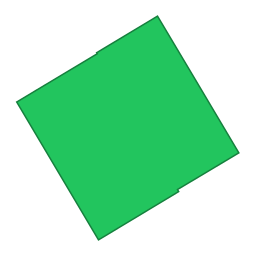 Spink, South Dakota, United States of America (Robinson projection), rotated 239°
{"feature_id": "52423323B36678766144900", "entity_name": "Spink", "entity_type": "district", "adm_level": 2, "iso_a3": "USA", "parent_name": "United States of America", "parent_adm1": "South Dakota", "projection": "robinson", "projection_center": [-98.314, 44.938], "detail": "fine", "context": "isolated", "style": "filled", "palette": "green", "viewbox_px": 256, "rotation_deg": 239, "n_neighbors": 0, "source": "geoboundaries", "source_scale": "gbopen_adm2", "svg_char_len": 307}
<svg xmlns="http://www.w3.org/2000/svg" viewBox="0 0 256 256"><g transform="rotate(239 128 128)"><path d="M208.7,210.9L208.7,139.9L207.5,139.9L207.6,69.4L207.6,46.0L47.3,45.1L47.4,138.7L49.8,138.7L49.7,162.9L49.6,210.2L129.1,210.6L208.7,210.9Z" fill="#22c55e" stroke="#15803d" stroke-width="1.5"/></g></svg>